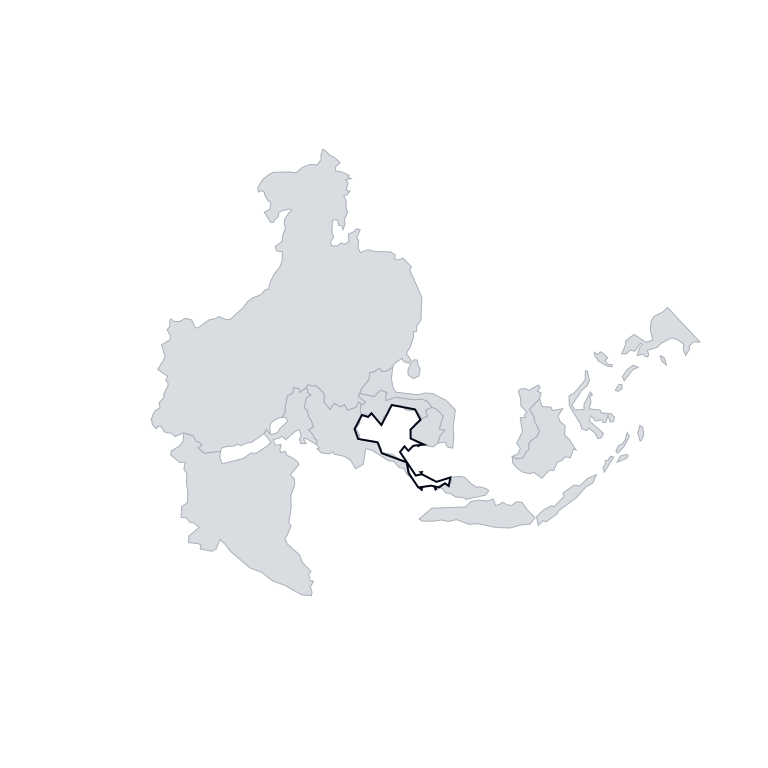 Thailand shown with its bordering countries, rotated 313°
{"feature_id": "THA", "entity_name": "Thailand", "entity_type": "country or territory", "adm_level": 0, "iso_a3": "THA", "parent_name": "Asia", "parent_adm1": "", "projection": "orthographic", "projection_center": [100.709, 13.031], "detail": "coarse", "context": "with_neighbors", "style": "outline", "palette": "ink", "viewbox_px": 768, "rotation_deg": 313, "n_neighbors": 8, "source": "natural_earth", "source_scale": "50m", "svg_char_len": 10377}
<svg xmlns="http://www.w3.org/2000/svg" viewBox="0 0 768 768"><g transform="rotate(313 384 384)"><path d="M633.3,539.2L630.2,586.5L625.7,581.6L619.8,581.3L618.2,583.6L610.6,585.1L613.7,578.8L617.6,576.2L616.6,568.6L614.1,563.0L602.6,558.8L597.4,558.9L588.2,553.6L586.2,557.4L583.7,558.4L582.3,556.0L582.4,552.8L577.5,549.9L584.6,546.2L589.2,545.7L588.7,543.8L579.2,545.2L576.7,541.1L570.9,540.5L568.1,537.2L577.0,534.2L580.3,531.4L590.7,532.9L593.2,547.2L599.6,550.6L605.0,542.0L612.2,536.4L617.6,535.4L627.1,538.9L633.3,539.2ZM528.2,599.5L528.7,602.9L523.9,608.7L517.8,610.8L517.1,610.0L521.2,603.0L528.2,599.5ZM590.4,577.5L590.1,572.2L592.9,566.8L594.2,568.7L594.0,572.1L590.4,577.5ZM479.4,507.9L475.3,515.0L480.8,521.7L479.6,525.3L487.8,531.6L479.2,533.1L476.7,538.4L477.0,545.1L470.0,550.6L469.7,558.0L466.7,569.4L465.7,566.8L457.2,570.6L454.4,566.3L449.1,566.2L445.4,564.0L436.5,567.1L433.8,563.7L422.7,563.7L421.6,553.8L417.8,551.9L414.2,545.7L413.2,539.2L414.0,532.2L418.5,527.1L419.8,532.1L425.0,536.1L429.8,534.4L434.6,534.7L439.0,530.7L442.5,529.9L449.6,531.7L455.7,529.7L459.4,519.1L462.2,516.3L464.6,507.6L479.4,507.9ZM560.2,552.0L567.5,553.2L569.7,558.5L564.2,556.2L550.2,557.5L551.9,553.3L560.2,552.0ZM543.1,561.2L538.4,560.4L537.1,557.4L544.1,556.3L545.7,558.5L543.1,561.2ZM550.6,516.1L551.2,520.2L555.2,520.3L555.8,523.3L555.5,529.9L552.0,529.6L551.0,534.2L553.8,537.8L551.9,538.9L549.1,534.5L547.1,525.2L548.4,519.1L550.6,516.1ZM507.0,529.2L524.1,528.4L530.9,522.3L532.2,523.8L526.6,531.8L521.3,533.7L514.5,532.9L496.4,535.9L495.4,541.6L501.8,547.7L505.7,544.0L518.9,540.3L518.3,543.8L515.2,543.0L512.1,547.6L505.8,551.0L512.4,559.9L511.0,562.5L517.2,570.4L516.9,575.2L513.1,577.6L510.4,575.3L514.0,569.1L507.0,572.5L505.3,570.6L506.3,567.7L501.2,563.9L501.9,556.7L497.1,559.3L497.5,578.2L492.9,579.6L489.9,577.7L492.1,570.9L491.2,563.9L488.2,564.1L486.0,559.2L489.1,554.1L493.8,536.7L495.3,533.5L501.4,527.5L507.0,529.2ZM494.9,612.1L485.7,607.9L492.4,606.0L498.4,609.8L497.8,611.7L494.9,612.1ZM503.0,599.3L507.7,598.4L514.2,595.2L512.9,599.2L502.2,602.2L492.8,602.1L492.9,599.5L498.7,597.5L503.0,599.3ZM481.1,599.8L485.5,598.9L487.2,601.8L469.8,605.3L472.5,601.0L476.5,600.7L478.5,598.1L481.1,599.8ZM409.3,589.5L410.3,592.1L424.6,592.3L426.3,589.2L440.1,592.1L442.6,596.6L453.7,597.3L462.5,601.1L454.0,604.3L446.1,601.8L431.7,602.2L410.7,598.2L407.5,599.2L393.9,596.6L392.6,593.6L385.7,593.2L390.9,586.2L400.1,586.4L409.3,589.5ZM378.3,551.2L379.6,556.3L382.3,560.4L387.8,560.9L391.5,565.5L389.6,574.7L389.2,585.9L380.8,586.2L374.4,580.3L364.7,574.4L355.6,564.0L346.0,548.1L339.3,541.9L334.3,529.6L327.4,524.8L323.4,518.3L317.7,514.0L309.8,505.5L309.2,501.7L325.8,503.7L349.9,527.6L357.6,527.7L364.0,532.8L368.5,539.0L374.3,542.4L371.2,548.5L375.6,551.0L378.3,551.2Z" fill="#d9dde1" stroke="#a8b0b8" stroke-width="1"/><path d="M364.4,451.0L362.6,441.7L367.3,435.3L376.8,433.8L383.7,434.8L389.9,437.6L393.1,432.3L399.7,434.9L401.6,440.0L400.9,449.2L388.5,455.4L391.9,459.9L384.0,460.6L377.6,463.8L371.3,462.8L364.4,451.0Z" fill="#d9dde1" stroke="#a8b0b8" stroke-width="1"/><path d="M399.7,434.9L393.1,432.3L389.9,437.6L383.7,434.8L386.1,431.3L386.3,424.8L380.2,418.3L379.6,410.7L373.9,404.6L368.4,404.2L367.0,406.8L362.8,407.1L360.6,405.8L352.9,410.3L352.7,403.5L354.5,395.5L349.6,395.1L349.2,390.6L346.1,388.2L347.7,385.4L353.7,380.5L354.4,382.3L358.2,382.5L357.0,373.9L360.7,372.7L368.2,385.5L377.0,385.5L379.9,392.0L375.4,394.1L373.4,396.8L382.1,401.3L393.1,416.8L398.8,421.9L400.8,427.3L399.7,434.9Z" fill="#d9dde1" stroke="#a8b0b8" stroke-width="1"/><path d="M346.1,388.2L337.8,393.2L332.7,393.5L329.3,401.7L326.2,403.1L337.1,420.5L334.4,427.1L331.8,428.5L338.4,438.4L339.1,446.2L342.0,453.2L334.1,468.2L333.5,462.5L335.8,456.6L333.3,452.1L334.0,443.8L331.0,439.8L327.5,421.0L324.5,414.6L311.1,423.6L302.6,421.0L305.4,411.6L304.1,404.4L298.8,395.5L299.8,392.8L295.7,391.7L290.9,385.3L290.8,379.2L293.2,380.5L293.6,375.1L297.2,373.4L296.6,370.2L298.3,367.6L299.0,359.9L304.3,361.7L307.7,355.6L308.2,352.0L312.3,345.8L312.3,341.6L321.2,336.6L326.1,338.0L325.6,333.5L328.0,332.1L327.6,329.3L331.6,328.8L333.7,333.2L336.6,335.0L336.4,346.8L329.7,353.0L328.7,361.8L336.1,360.7L337.6,367.6L342.1,369.1L340.0,375.3L348.3,379.6L353.5,377.4L353.7,380.5L347.7,385.4L346.1,388.2Z" fill="#d9dde1" stroke="#a8b0b8" stroke-width="1"/><path d="M377.6,463.8L384.0,460.6L391.9,459.9L388.5,455.4L400.9,449.2L401.6,440.0L399.7,434.9L400.8,427.3L398.8,421.9L393.1,416.8L382.1,401.3L373.4,396.8L375.4,394.1L379.9,392.0L377.0,385.5L368.2,385.5L360.7,372.7L364.5,370.9L376.9,369.9L382.8,365.8L386.2,368.5L392.7,369.8L391.8,374.1L395.2,377.1L402.4,378.9L393.2,385.6L387.5,392.9L386.1,398.2L399.0,415.9L405.7,420.4L410.4,426.4L414.3,440.4L413.7,453.9L399.2,464.3L393.2,470.8L384.0,478.1L381.2,473.3L383.2,468.1L377.6,463.8Z" fill="#d9dde1" stroke="#a8b0b8" stroke-width="1"/><path d="M327.6,329.3L328.0,332.1L325.6,333.5L326.1,338.0L321.2,336.6L312.3,341.6L312.3,345.8L308.2,352.0L307.7,355.6L304.3,361.7L299.0,359.9L298.3,367.6L296.6,370.2L297.2,373.4L293.6,375.1L290.6,363.0L288.7,363.0L287.3,367.7L283.7,363.7L286.1,359.5L289.3,359.2L292.8,352.9L289.0,351.5L276.2,350.1L276.1,344.9L272.9,344.4L267.9,340.9L265.0,345.9L269.5,350.1L265.0,352.6L263.3,355.3L267.3,357.5L265.7,361.9L267.6,367.7L268.2,374.0L267.0,376.7L253.6,377.5L253.5,383.2L249.4,387.4L239.0,391.9L230.4,400.3L217.4,409.2L217.0,412.7L206.9,416.6L203.6,416.7L201.0,422.3L201.4,438.7L197.9,445.7L197.0,458.6L193.4,458.7L189.8,464.2L191.8,466.9L185.3,468.5L182.6,473.4L179.7,475.3L173.6,467.6L169.1,448.7L164.1,437.1L162.8,422.6L158.1,411.5L156.9,386.6L158.4,377.5L158.4,370.3L148.5,373.7L144.3,372.2L138.0,362.1L141.5,359.8L140.3,356.6L134.7,349.3L139.7,345.0L152.9,346.7L153.0,340.2L150.5,336.1L151.2,330.3L148.1,326.5L156.4,319.7L163.1,321.2L171.1,314.3L176.6,307.4L184.1,300.8L185.2,295.7L191.2,292.1L187.4,288.1L186.4,276.7L190.0,274.0L198.1,276.6L204.8,276.2L211.8,270.9L216.0,279.7L214.2,285.4L215.7,289.2L214.8,292.9L210.7,291.5L210.7,299.6L223.4,310.4L218.8,313.4L215.2,320.0L234.0,332.1L242.8,333.7L246.1,337.7L258.9,340.9L264.5,341.0L266.0,330.2L270.2,328.9L270.1,336.2L276.0,339.3L280.3,338.3L291.4,339.0L292.2,334.5L289.7,332.0L295.1,331.3L301.6,326.0L309.5,321.5L315.0,323.4L319.8,320.4L322.8,325.1L320.4,328.1L327.6,329.3Z" fill="#d9dde1" stroke="#a8b0b8" stroke-width="1"/><path d="M413.8,404.0L407.8,401.8L407.3,395.3L410.6,391.8L418.3,389.4L422.4,389.4L424.1,392.2L421.2,395.7L419.8,400.1L413.8,404.0ZM237.3,225.5L237.9,221.7L242.0,220.3L240.5,208.6L254.3,205.7L261.0,194.6L270.3,197.3L273.8,194.7L275.5,188.5L279.7,188.1L284.3,184.2L286.3,183.8L286.7,188.2L290.2,191.7L297.0,194.3L299.7,199.6L296.6,206.9L298.1,209.8L311.4,212.2L317.5,216.5L320.8,217.3L322.9,223.4L325.9,227.4L343.6,228.9L351.1,228.0L356.7,229.0L365.2,233.0L372.0,232.9L374.7,234.9L381.1,231.2L389.9,228.6L398.3,228.1L404.5,225.6L411.4,219.5L408.1,215.0L410.2,210.7L419.0,212.2L423.6,208.5L430.9,205.5L433.7,201.1L436.8,199.0L443.8,197.7L448.0,198.1L447.9,195.8L442.2,191.8L437.7,190.1L434.5,192.6L429.4,192.0L426.8,193.0L424.9,190.5L428.0,179.4L434.3,181.3L439.8,177.0L438.9,174.3L441.0,167.7L442.8,165.6L441.6,162.4L438.7,161.2L441.3,158.0L446.2,156.6L451.7,155.9L458.7,157.0L463.3,158.7L474.4,170.0L478.6,175.7L487.1,176.7L494.3,180.3L498.7,185.8L505.4,184.9L508.0,182.0L514.1,179.1L514.7,184.9L514.2,187.4L516.0,194.4L515.9,200.9L509.8,200.5L506.8,203.3L510.4,208.6L512.8,216.3L510.4,216.8L511.8,220.0L507.1,216.6L506.6,220.5L499.9,224.2L501.9,227.6L497.4,227.9L494.3,226.1L492.3,231.2L487.7,235.4L484.6,240.1L477.6,242.8L474.4,246.3L468.9,248.7L471.1,245.3L469.2,242.7L472.4,237.8L468.6,234.6L459.4,242.5L457.0,247.1L451.5,247.9L449.3,251.3L453.2,255.7L458.1,256.5L459.0,259.6L464.0,261.2L469.3,255.8L474.9,258.1L478.6,257.9L480.5,261.4L472.8,264.1L471.0,268.1L466.0,272.0L464.0,277.2L471.2,280.6L474.9,287.3L485.1,298.7L486.1,304.1L482.6,306.4L484.8,310.1L488.9,312.0L488.5,324.0L485.1,324.9L473.1,352.7L456.1,367.2L448.5,368.5L444.6,372.1L442.0,369.8L438.5,373.7L429.0,377.9L421.7,379.4L419.8,387.5L415.9,388.1L413.8,382.7L415.3,379.7L405.7,377.6L402.4,378.9L395.2,377.1L391.8,374.1L392.7,369.8L386.2,368.5L382.8,365.8L376.9,369.9L364.5,370.9L357.0,373.9L358.2,382.5L354.4,382.3L353.5,377.4L348.3,379.6L340.0,375.3L342.1,369.1L337.6,367.6L336.1,360.7L328.7,361.8L329.7,353.0L336.4,346.8L336.6,335.0L333.7,333.2L331.6,328.8L327.6,329.3L320.4,328.1L322.8,325.1L319.8,320.4L315.0,323.4L309.5,321.5L301.6,326.0L295.1,331.3L289.7,332.0L286.9,329.9L278.8,327.7L275.1,329.4L270.1,334.7L270.2,328.9L266.0,330.2L251.2,327.0L246.4,323.4L241.6,321.7L239.9,318.0L236.5,316.7L230.9,311.5L226.3,308.9L223.4,310.4L210.7,299.6L210.7,291.5L214.8,292.9L215.7,289.2L214.2,285.4L216.0,279.7L211.8,270.9L203.1,267.1L202.9,261.6L199.8,258.0L199.4,255.9L200.7,249.3L197.9,247.4L195.9,247.9L196.6,241.5L198.6,240.1L198.4,238.4L204.4,235.8L208.5,234.9L213.8,236.4L217.1,232.3L224.1,232.2L226.8,229.7L236.1,226.9L237.3,225.5Z" fill="#d9dde1" stroke="#a8b0b8" stroke-width="1"/><path d="M345.6,494.6L347.0,493.3L353.2,496.6L353.8,500.5L358.8,499.6L361.3,496.5L367.5,501.7L370.7,506.7L370.4,515.3L371.7,522.3L374.4,524.3L377.4,530.9L377.3,533.5L371.8,534.0L355.6,522.6L354.7,518.8L350.3,513.8L349.2,507.5L346.5,503.4L347.3,497.9L345.6,494.6ZM479.4,507.9L464.6,507.6L462.2,516.3L459.4,519.1L455.7,529.7L449.6,531.7L442.5,529.9L439.0,530.7L434.6,534.7L429.8,534.4L425.0,536.1L419.8,532.1L418.5,527.1L424.0,529.5L429.8,527.8L431.3,521.4L443.4,517.8L452.3,506.6L455.7,510.3L457.2,507.7L460.8,507.7L461.3,499.1L466.8,493.5L470.3,487.3L473.3,487.1L477.2,490.7L477.6,494.0L488.5,497.6L488.1,500.6L483.3,501.3L484.7,504.9L479.4,507.9Z" fill="#d9dde1" stroke="#a8b0b8" stroke-width="1"/><path d="M346.2,389.0L349.0,394.8L354.0,394.8L352.2,410.1L373.9,404.0L386.6,424.1L382.7,435.1L368.8,434.5L362.3,440.6L367.0,454.6L358.8,447.5L351.8,447.4L352.3,441.5L345.2,442.1L338.7,469.7L343.8,473.1L348.2,489.1L360.9,496.3L353.5,500.9L353.0,496.3L345.9,494.8L341.9,487.9L331.7,479.7L335.7,462.6L342.2,454.1L331.9,429.6L337.0,419.1L326.2,402.5L331.0,393.2L346.2,389.0ZM333.2,482.2L332.1,484.6L332.3,481.6L333.2,482.2ZM344.6,471.1L345.4,471.8L344.7,472.1L344.6,471.1ZM362.4,451.3L362.3,452.5L362.1,451.2L362.4,451.3ZM342.7,493.8L342.0,493.6L342.4,492.7L342.7,493.8ZM334.4,482.5L334.3,483.5L333.9,482.1L334.4,482.5Z" fill="none" stroke="#020617" stroke-width="2"/></g></svg>